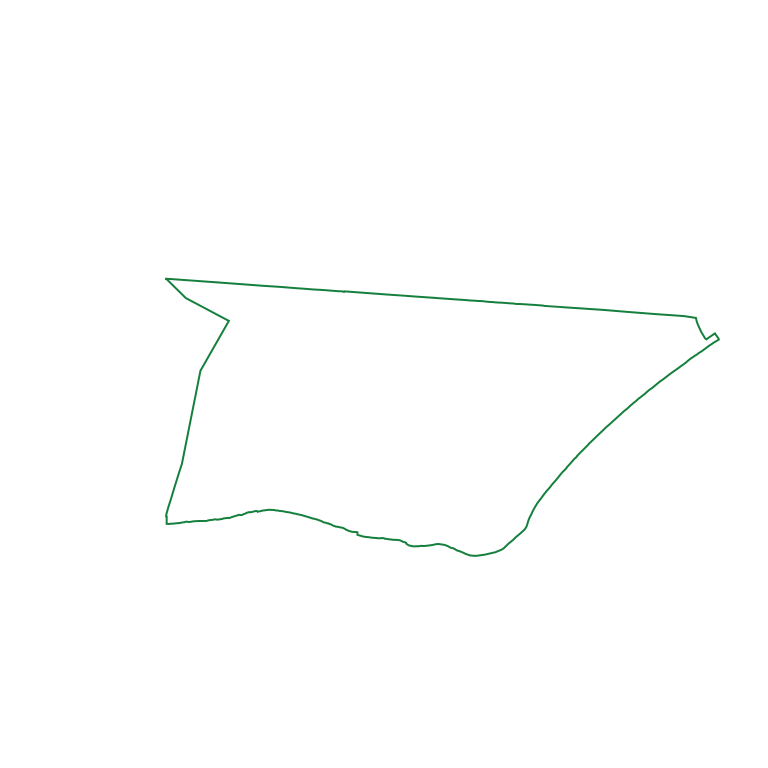 Lapmežciema pag., Engures, Latvia (Mercator projection), rotated 128°
{"feature_id": "27541924B41002773283615", "entity_name": "Lapmežciema pag.", "entity_type": "district", "adm_level": 2, "iso_a3": "LVA", "parent_name": "Latvia", "parent_adm1": "Engures", "projection": "mercator", "projection_center": [23.484, 56.997], "detail": "fine", "context": "isolated", "style": "outline", "palette": "green", "viewbox_px": 768, "rotation_deg": 128, "n_neighbors": 0, "source": "geoboundaries", "source_scale": "gbopen_adm2", "svg_char_len": 6082}
<svg xmlns="http://www.w3.org/2000/svg" viewBox="0 0 768 768"><g transform="rotate(128 384 384)"><path d="M145.9,189.6L161.7,213.0L178.0,237.6L190.0,255.9L223.7,305.6L224.3,307.0L228.9,313.9L232.6,319.3L237.3,326.2L239.5,329.0L240.6,331.1L243.3,335.0L244.5,336.9L248.4,342.7L248.6,342.9L249.0,343.4L251.7,347.4L252.0,348.1L253.9,350.7L254.8,352.0L256.4,354.6L257.9,357.1L259.9,360.0L260.9,361.3L261.6,362.5L264.7,366.9L266.8,370.1L270.3,375.4L272.8,379.0L314.1,440.4L335.4,472.3L336.0,472.2L336.4,473.1L337.0,474.4L338.7,476.7L339.6,478.0L347.0,489.2L349.4,492.7L353.3,498.3L357.5,504.7L362.3,511.8L371.4,525.6L381.3,540.1L395.9,562.0L433.0,617.3L434.2,618.9L435.1,620.5L435.5,620.3L435.2,619.8L438.3,593.1L429.8,545.1L486.6,536.8L571.5,494.0L579.3,491.2L594.2,485.6L605.2,481.3L614.1,478.0L620.7,475.3L622.4,474.2L622.2,473.7L626.3,470.5L628.0,469.2L626.7,467.3L624.9,465.5L623.7,464.0L622.2,462.5L619.9,460.1L619.5,459.5L618.9,459.0L617.5,457.9L616.6,457.0L615.9,456.3L614.6,455.4L614.0,454.8L613.8,454.5L613.4,453.6L612.7,452.7L612.1,451.9L610.3,450.3L609.4,449.5L605.8,445.4L603.6,442.6L602.5,441.2L602.1,440.5L601.4,439.8L601.0,439.4L599.8,438.6L598.0,437.0L597.1,436.0L596.3,435.2L594.8,434.0L594.1,432.9L593.7,432.1L593.5,431.9L592.4,430.7L590.7,429.1L590.2,428.6L588.9,427.8L588.3,427.4L587.8,426.7L585.9,424.9L585.6,424.6L585.5,424.2L585.3,423.8L584.9,423.4L583.1,422.3L581.0,420.9L579.0,419.5L578.4,419.0L577.6,418.5L576.6,418.1L576.4,417.7L576.1,417.1L575.1,415.7L574.7,415.3L573.9,414.9L573.3,414.7L572.0,413.8L570.9,413.2L570.4,413.1L569.7,412.7L568.7,411.8L567.9,411.4L567.5,410.4L566.2,409.3L565.2,408.6L564.2,407.7L563.5,407.3L562.9,406.7L562.7,406.5L562.4,405.8L562.2,405.4L562.2,405.2L562.4,404.9L562.2,404.8L561.6,404.3L560.8,403.5L559.8,402.7L558.7,401.9L558.0,401.3L556.9,400.1L555.5,398.9L553.4,396.5L552.1,394.6L551.0,393.1L550.4,391.7L549.7,390.7L549.1,389.7L548.5,388.6L548.0,387.6L546.8,385.8L546.0,384.5L545.7,383.6L545.4,382.9L544.6,381.5L543.9,380.4L543.3,379.3L542.4,377.3L541.9,376.2L541.3,374.9L540.7,373.9L540.3,373.1L540.0,372.2L539.3,370.8L538.8,369.7L538.1,368.5L537.8,367.6L536.9,365.3L536.2,363.5L535.5,362.0L535.1,360.8L534.9,359.9L534.5,359.1L534.2,358.3L534.0,357.5L533.5,356.8L532.8,355.1L532.6,354.7L532.0,353.3L531.0,350.1L530.7,349.5L530.6,349.1L530.6,348.7L530.2,346.9L530.1,346.4L530.0,346.0L529.8,345.6L529.1,344.3L528.8,343.4L528.8,343.1L528.7,342.9L528.6,342.7L528.3,342.4L528.1,342.1L528.0,341.6L527.9,341.3L528.0,340.7L527.9,340.5L527.4,339.8L527.2,339.0L527.1,338.6L527.1,338.1L527.1,337.7L527.1,337.4L527.0,337.1L526.9,336.7L526.5,335.8L526.3,335.3L526.2,334.6L526.1,334.3L525.1,332.7L524.5,331.5L524.1,330.5L523.8,329.9L523.1,328.7L522.7,327.9L522.6,327.3L522.5,326.6L522.3,326.0L522.2,325.3L522.2,324.5L521.8,323.0L521.3,320.8L520.9,320.1L520.6,319.1L520.0,317.9L517.2,313.8L519.2,312.0L518.9,311.2L518.5,310.3L518.3,309.8L518.0,308.9L517.0,306.5L516.1,304.8L513.5,300.7L512.9,299.4L510.4,295.7L509.1,293.6L508.4,292.7L507.7,291.8L506.4,290.5L505.7,289.3L505.5,288.8L505.5,288.4L505.2,287.6L504.4,286.7L503.3,284.3L502.8,283.8L502.1,282.6L502.0,282.3L501.7,281.7L501.2,281.0L500.7,280.5L500.3,279.7L499.8,279.0L498.9,277.9L498.6,277.5L498.5,277.0L498.2,276.7L497.9,276.3L497.7,275.9L497.3,275.0L497.1,274.3L497.0,273.4L496.7,272.5L496.7,272.0L496.5,271.6L495.9,270.2L495.5,269.1L495.5,268.9L495.8,268.6L496.1,268.2L496.1,267.5L496.0,265.8L495.8,264.9L495.5,264.3L495.1,263.5L495.1,263.2L494.9,263.0L494.7,262.7L494.1,261.3L493.9,261.0L492.3,259.0L491.0,257.5L490.9,257.2L489.7,256.1L488.9,255.3L488.4,254.8L488.2,254.5L488.0,254.0L487.0,252.7L486.0,251.6L485.3,251.0L484.9,250.4L483.8,249.4L483.1,248.7L482.2,247.9L482.0,247.6L481.3,246.9L480.6,246.4L480.1,245.9L479.6,245.5L479.1,245.2L478.4,244.5L477.4,243.6L477.1,243.2L476.8,242.9L476.5,242.5L476.0,241.6L475.1,240.1L474.0,238.1L473.5,237.1L473.2,236.3L472.4,233.6L472.3,233.2L472.3,232.6L472.2,231.9L472.1,231.4L472.0,230.8L471.8,230.3L471.5,229.5L471.1,228.9L470.7,227.9L470.6,227.2L470.5,226.6L470.4,226.0L470.4,225.2L470.3,224.5L470.3,224.2L469.8,223.3L469.8,223.1L469.7,222.6L469.3,221.8L469.1,221.1L468.0,217.1L467.7,215.3L467.1,213.6L466.8,212.6L466.2,211.0L465.8,210.1L465.4,209.5L463.8,207.1L462.3,205.2L461.7,204.5L460.8,203.8L459.7,202.7L457.8,200.8L455.5,198.7L453.8,197.4L452.1,196.0L451.4,195.4L450.2,194.6L449.0,193.4L448.5,193.0L446.1,191.6L443.5,190.1L442.8,189.7L441.9,189.3L440.7,188.8L439.7,188.5L438.6,188.3L436.5,188.1L435.1,187.8L433.6,187.7L431.8,187.3L427.5,186.3L426.4,186.2L424.5,186.0L419.7,185.0L418.4,184.7L417.3,184.5L413.9,183.9L412.7,183.7L411.8,183.6L410.5,183.7L409.6,183.8L408.9,183.9L408.1,184.1L405.9,184.9L404.7,185.4L402.2,186.3L400.1,186.9L398.0,187.4L396.8,187.5L395.5,187.8L394.0,188.2L391.0,188.8L387.1,189.4L385.5,189.5L383.9,189.8L381.4,189.8L380.0,189.9L378.5,189.8L377.3,189.8L376.7,189.9L376.0,189.9L375.3,189.9L373.5,190.0L370.9,190.0L370.1,189.9L368.8,190.0L367.3,189.9L366.0,189.8L364.0,189.7L362.8,189.6L360.4,189.7L358.1,189.6L355.3,189.4L353.8,189.3L346.3,189.2L343.4,189.1L340.8,188.7L338.1,188.5L336.7,188.6L331.4,188.2L329.1,188.1L325.6,187.9L324.3,187.6L323.0,187.4L321.2,187.5L317.4,187.1L314.6,186.7L312.0,186.4L309.7,186.1L306.0,185.7L304.5,185.7L302.9,185.4L298.6,184.8L290.7,183.7L286.5,183.0L281.6,182.4L276.7,181.4L266.2,179.6L263.9,179.2L258.4,178.3L256.9,178.0L255.6,177.7L253.9,177.2L250.5,176.7L248.8,176.4L247.9,176.2L244.4,175.5L242.6,175.0L241.5,174.8L238.0,174.2L236.6,173.7L233.4,173.0L232.5,172.7L226.5,171.6L224.2,171.0L223.5,170.8L222.9,170.5L222.3,170.3L220.0,169.8L213.9,168.5L211.9,168.0L208.5,166.9L206.2,166.4L204.2,165.8L202.8,165.5L200.4,164.9L196.3,163.7L191.2,162.1L188.9,161.5L186.0,160.7L184.2,160.1L181.3,159.3L178.5,158.8L174.9,157.9L173.6,157.5L172.0,156.9L169.8,156.3L168.3,155.6L166.1,155.1L162.6,153.8L157.9,152.5L154.1,151.5L150.9,150.4L148.7,149.8L147.6,149.3L142.9,147.5L142.0,148.7L141.8,149.9L140.4,154.4L150.3,157.5L150.4,158.9L148.9,162.8L147.7,166.0L144.9,171.5L143.3,174.3L142.3,175.9L139.9,178.9L145.9,189.6Z" fill="none" stroke="#15803d" stroke-width="2"/></g></svg>